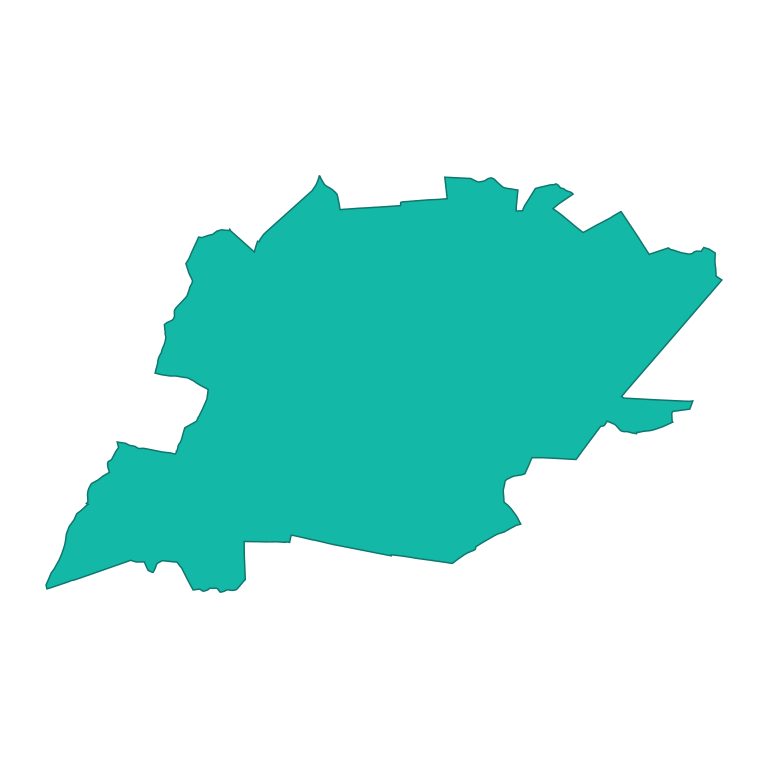 outline of Sannicolau Roman, Bihor, Romania
{"feature_id": "2599482B50949816567850", "entity_name": "Sannicolau Roman", "entity_type": "district", "adm_level": 2, "iso_a3": "ROU", "parent_name": "Romania", "parent_adm1": "Bihor", "projection": "equal_earth", "projection_center": [21.725, 46.968], "detail": "fine", "context": "isolated", "style": "filled", "palette": "teal", "viewbox_px": 768, "rotation_deg": 0, "n_neighbors": 0, "source": "geoboundaries", "source_scale": "gbopen_adm2", "svg_char_len": 6092}
<svg xmlns="http://www.w3.org/2000/svg" viewBox="0 0 768 768"><path d="M520.8,524.0L519.6,522.1L518.2,519.1L516.5,516.1L514.0,512.6L512.3,510.3L510.8,508.4L507.6,505.0L504.5,502.6L504.5,502.2L504.0,502.0L503.9,501.1L503.9,499.1L503.2,490.4L504.5,484.7L504.9,482.2L505.1,481.3L505.6,480.6L506.2,479.9L507.0,479.3L507.9,478.8L509.3,478.2L511.1,477.2L512.9,476.5L514.5,476.0L520.9,475.0L522.7,474.5L524.3,474.0L525.0,473.6L529.2,464.2L531.9,457.7L542.1,457.7L553.1,458.2L576.0,459.5L577.7,457.3L583.1,449.8L597.6,430.4L600.6,426.4L601.3,426.0L603.0,426.1L604.1,425.6L604.6,425.2L607.1,421.2L610.2,422.4L613.8,424.0L614.7,424.4L615.2,424.8L616.4,425.9L619.5,429.5L621.0,430.8L622.2,431.3L623.8,431.6L627.7,431.7L632.4,433.0L636.6,433.7L636.8,432.3L638.1,432.4L639.7,432.1L643.0,431.4L646.2,431.0L649.5,430.7L651.7,430.3L654.0,429.7L662.7,426.7L672.8,422.1L672.4,421.5L672.1,420.6L671.8,414.5L671.9,412.8L672.0,412.4L672.5,411.8L673.3,411.4L673.8,411.2L674.3,411.1L676.1,411.0L689.8,409.1L692.8,400.9L692.3,400.9L691.6,401.1L689.9,401.3L685.6,401.2L653.5,399.7L624.1,398.1L621.5,396.6L626.4,390.7L680.6,328.0L721.9,280.0L716.1,276.2L715.8,269.4L714.9,262.1L715.2,253.0L709.4,249.3L709.1,249.1L703.8,247.5L701.1,251.3L696.8,251.1L695.4,251.4L693.4,252.4L692.0,253.7L688.9,254.1L681.1,252.7L680.3,252.4L673.0,250.0L670.9,249.7L669.2,248.5L668.4,247.9L649.0,254.4L648.6,253.5L643.2,245.2L638.5,237.7L634.1,231.1L621.1,211.6L620.8,211.6L620.0,212.1L617.6,213.5L612.9,216.2L611.4,217.3L608.5,218.9L599.2,223.8L597.9,224.4L585.7,231.2L583.0,232.5L575.2,226.3L563.0,216.1L559.7,213.5L555.6,210.5L553.7,209.2L553.0,208.6L555.0,207.0L558.3,204.2L560.7,202.5L573.1,194.1L572.3,193.3L571.2,192.4L570.5,192.1L567.9,191.2L566.5,190.7L565.8,190.4L564.2,189.1L563.3,188.6L562.5,188.4L561.3,188.2L560.4,187.7L559.7,187.0L559.1,186.2L558.1,185.1L557.0,184.3L555.6,183.9L554.8,184.5L551.2,184.8L549.6,185.0L546.9,185.7L538.6,187.6L535.4,188.5L530.1,197.1L527.0,202.0L524.6,205.7L523.1,209.1L522.5,210.8L516.2,211.0L516.3,206.4L517.9,190.0L516.6,189.9L511.1,188.9L507.1,188.4L505.4,188.0L504.0,187.6L502.8,187.1L501.6,186.1L497.7,182.6L495.1,180.0L494.1,179.1L493.1,178.5L492.2,178.2L491.3,177.9L490.8,177.9L490.1,178.1L488.3,178.6L487.4,179.1L486.3,179.7L485.7,180.2L484.7,180.8L483.6,181.1L480.1,181.8L478.6,182.0L477.6,181.8L476.5,181.3L474.7,180.5L470.8,178.5L444.8,177.2L447.2,198.7L438.6,199.4L427.8,199.9L410.0,201.3L401.7,202.0L401.2,202.2L400.8,202.4L400.7,202.7L400.6,203.5L400.7,204.5L400.6,205.1L400.5,205.5L400.2,205.6L398.3,205.8L377.5,207.2L373.3,207.4L365.8,207.9L359.6,208.2L340.0,209.6L339.3,204.6L338.7,201.9L337.8,197.2L337.2,194.9L336.7,193.8L336.5,193.7L335.3,192.3L332.0,189.4L329.5,187.8L326.4,186.1L325.0,185.0L324.3,184.3L322.3,180.9L320.6,177.9L320.0,176.2L319.3,175.9L318.1,179.9L316.4,184.2L314.6,187.1L312.1,190.7L265.9,232.2L263.5,234.6L260.3,239.1L259.0,241.7L257.6,241.2L256.3,245.0L254.3,252.0L239.7,238.9L230.8,231.0L229.8,229.3L229.3,230.4L226.1,230.3L222.7,229.9L221.2,229.9L219.6,230.3L218.5,230.7L217.2,231.0L215.9,231.9L213.6,233.7L212.7,234.4L208.3,235.4L202.0,237.6L198.6,237.1L196.3,242.3L191.9,251.8L189.1,258.4L185.9,263.7L188.9,273.1L192.5,280.5L192.0,283.2L189.8,287.2L189.1,290.0L187.2,295.4L186.6,296.6L180.4,303.2L176.3,307.5L174.7,309.9L174.4,310.8L174.3,311.6L174.5,315.9L174.2,317.3L173.7,318.2L172.9,319.6L172.2,320.1L170.1,321.2L167.3,322.4L165.5,323.7L164.4,324.5L164.7,328.1L164.8,328.9L165.0,330.8L165.5,332.6L165.0,333.3L165.9,337.2L165.1,341.6L164.0,345.0L162.2,349.1L161.2,352.9L159.2,356.4L158.8,357.4L158.0,360.1L157.6,363.5L157.1,365.5L155.9,369.6L155.1,373.1L161.9,374.8L164.2,375.1L166.8,375.5L170.1,376.0L172.6,376.0L176.0,376.0L181.7,377.0L187.5,377.8L193.8,381.0L196.1,382.7L197.2,383.4L200.3,385.3L205.0,387.8L206.9,388.8L208.1,389.3L207.9,392.0L206.9,399.0L205.2,403.0L202.3,409.5L199.2,415.8L198.0,417.6L196.6,421.2L184.8,427.8L183.3,432.8L181.9,438.0L181.1,440.6L180.3,442.3L179.0,444.1L178.3,445.4L177.2,450.2L176.9,451.0L176.4,451.0L176.1,452.8L175.6,453.6L174.9,454.0L174.3,453.9L170.4,452.9L163.0,452.1L157.0,450.9L143.7,448.3L138.4,448.5L135.1,446.4L129.4,445.3L125.6,443.3L117.2,442.0L118.6,447.5L115.7,451.6L111.6,459.5L110.3,460.5L108.9,461.2L108.0,461.9L107.7,462.9L107.5,463.8L107.6,464.7L107.8,466.5L108.0,467.5L109.4,472.4L102.4,476.4L102.0,476.8L98.2,479.9L91.6,483.5L90.7,484.8L88.8,488.5L87.9,491.3L87.5,494.4L87.9,501.4L87.9,501.8L86.4,503.4L88.2,504.2L86.8,505.1L85.6,506.3L81.3,510.3L79.4,511.8L77.4,513.2L76.8,513.7L75.9,515.5L74.2,519.6L69.3,526.3L66.4,533.8L65.5,540.7L64.8,544.5L63.6,548.4L61.8,553.7L60.2,557.6L58.9,560.4L56.4,564.9L54.3,568.7L53.6,569.7L52.0,571.8L51.1,573.2L48.2,580.1L46.2,584.5L46.1,585.4L47.0,588.9L52.1,587.3L68.6,581.7L71.5,580.5L73.7,580.2L92.8,573.6L130.7,560.3L136.2,562.0L141.6,561.9L144.3,561.9L146.5,567.0L148.1,570.3L148.7,570.7L151.1,571.8L152.5,572.3L152.8,572.4L153.2,572.2L153.9,571.0L155.0,568.7L155.5,567.6L156.3,565.2L156.8,564.1L157.2,563.4L160.9,561.4L162.3,560.7L162.9,560.7L173.9,561.9L176.6,562.1L177.2,562.3L178.7,564.4L181.8,568.3L188.2,580.9L192.1,588.1L193.1,590.0L197.9,589.3L199.7,589.1L200.2,589.3L202.5,591.0L203.2,591.1L204.2,591.1L207.5,590.0L208.2,589.6L210.0,588.1L213.2,588.4L214.1,588.3L214.7,588.2L215.2,588.2L216.4,588.2L216.8,588.4L217.6,588.9L218.3,589.7L219.0,590.7L219.8,591.8L220.2,592.1L220.9,592.1L222.3,591.8L223.9,591.4L225.1,590.8L226.3,590.2L227.5,589.8L228.5,589.9L232.0,590.4L232.6,590.4L233.8,590.3L235.6,589.9L236.1,589.7L236.6,589.4L238.3,587.6L244.9,579.8L245.3,579.7L244.3,555.9L244.1,541.5L255.0,541.7L255.6,541.6L265.4,541.9L276.6,541.8L285.6,542.3L287.0,541.9L289.6,542.4L291.1,535.3L293.7,535.5L313.1,540.0L314.5,540.1L332.7,544.4L390.5,555.7L391.3,555.8L391.3,554.8L398.5,555.6L404.1,556.3L410.1,557.2L416.1,558.3L424.4,559.4L438.8,561.4L446.5,562.5L451.9,563.4L453.1,562.9L458.0,559.1L465.1,554.2L467.1,553.1L471.2,551.3L473.4,550.5L474.8,549.7L475.4,549.2L475.9,546.7L482.1,542.8L494.5,535.6L497.7,534.0L504.2,532.0L510.2,528.5L514.9,526.1L515.5,525.5L519.9,524.4L520.8,524.0Z" fill="#14b8a6" stroke="#0f766e" stroke-width="1.5"/></svg>